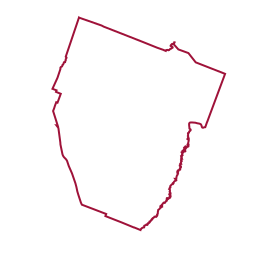 outline of Melton, Victoria, Australia, rotated 193°
{"feature_id": "25037944B20594454480773", "entity_name": "Melton", "entity_type": "district", "adm_level": 2, "iso_a3": "AUS", "parent_name": "Australia", "parent_adm1": "Victoria", "projection": "equal_earth", "projection_center": [144.547, -37.681], "detail": "fine", "context": "isolated", "style": "outline", "palette": "rose", "viewbox_px": 256, "rotation_deg": 193, "n_neighbors": 0, "source": "geoboundaries", "source_scale": "gbopen_adm2", "svg_char_len": 5257}
<svg xmlns="http://www.w3.org/2000/svg" viewBox="0 0 256 256"><g transform="rotate(193 128 128)"><path d="M198.1,114.3L196.1,112.6L195.7,112.0L190.7,98.7L190.1,96.7L186.1,88.0L185.6,87.1L185.0,86.3L184.1,85.4L183.4,84.9L181.4,83.6L180.4,82.7L179.9,82.1L177.2,77.7L172.3,71.1L166.8,62.3L165.0,58.9L163.1,54.8L161.4,51.8L157.1,44.7L155.7,42.9L142.0,41.0L129.9,39.3L130.2,37.1L120.1,35.6L113.2,34.6L99.9,32.4L99.7,32.5L92.9,31.4L92.9,31.9L92.8,32.2L92.7,32.4L92.5,32.5L92.3,33.0L91.9,33.6L91.0,34.4L90.6,34.6L90.0,34.7L89.9,34.9L89.9,35.3L90.2,36.3L90.1,36.5L89.1,37.2L88.6,37.7L88.4,38.1L87.8,37.8L87.6,37.8L87.4,37.9L87.1,38.4L87.1,38.7L87.0,39.8L86.4,40.0L85.9,40.5L85.7,41.0L85.9,41.4L85.5,41.5L85.4,41.6L85.4,41.8L85.5,42.1L85.3,42.4L84.9,42.6L84.8,43.2L84.5,44.1L84.4,44.3L84.0,44.1L83.8,44.3L83.7,44.7L83.8,45.3L83.7,45.6L83.5,45.9L83.3,46.0L83.0,46.1L82.9,46.3L82.7,46.6L82.5,46.9L82.3,47.5L81.9,47.5L81.3,48.0L80.7,47.7L80.5,47.8L80.5,48.2L79.9,48.9L79.8,49.4L79.8,49.6L80.2,50.1L80.2,50.3L79.7,51.1L80.1,53.3L80.0,53.9L80.2,54.8L79.7,55.5L79.1,56.2L78.7,57.1L78.1,57.8L77.8,58.4L78.7,58.2L78.9,59.1L78.3,59.8L78.1,59.9L77.7,60.0L77.4,59.8L77.2,59.7L77.3,60.2L77.6,60.5L77.7,60.8L77.4,61.1L77.2,61.9L76.8,62.7L76.3,63.4L75.9,63.6L75.7,63.6L75.4,63.3L75.2,63.4L75.1,63.6L75.1,63.9L74.8,64.4L74.6,65.1L73.9,65.7L73.9,65.9L74.3,66.4L74.2,66.6L73.8,66.7L73.8,66.8L73.9,67.2L74.4,68.0L74.4,68.3L74.3,68.5L74.0,68.6L73.6,68.5L73.0,67.8L72.9,67.8L72.6,68.2L72.3,69.3L72.2,69.3L71.7,69.2L71.5,69.3L71.3,70.3L71.1,70.5L71.1,70.9L71.4,71.2L71.4,71.3L72.1,71.3L72.2,71.7L72.1,72.0L71.7,72.6L71.8,72.8L72.6,73.0L72.8,73.0L72.7,73.4L72.0,73.9L71.9,74.1L73.1,75.2L72.9,75.9L73.0,76.3L73.5,77.7L73.7,77.8L73.9,77.6L74.1,77.7L74.0,77.9L74.0,78.4L73.9,79.0L73.4,79.4L73.3,79.7L73.4,80.0L73.7,80.4L73.8,80.8L72.9,82.5L72.1,83.4L72.1,83.8L72.0,84.2L71.8,84.2L71.4,83.9L71.3,84.1L71.2,84.3L71.4,84.8L71.3,85.1L71.2,85.6L70.7,86.6L70.1,87.2L69.6,87.4L69.2,88.0L69.3,88.1L70.0,88.4L70.6,89.0L69.8,89.1L69.5,89.2L69.5,89.6L69.7,90.0L69.7,92.1L69.5,93.1L69.1,93.8L69.2,94.5L69.1,94.8L69.6,95.1L69.9,95.4L69.9,95.8L70.1,96.7L70.2,96.9L70.1,97.1L69.6,96.2L69.3,96.2L69.3,97.2L69.1,97.7L69.1,98.1L69.0,98.5L68.8,98.8L68.0,99.0L67.8,99.2L67.8,99.3L68.3,99.7L68.4,99.9L68.2,100.5L68.3,100.8L68.0,101.2L67.7,101.2L67.6,101.4L67.6,101.7L67.7,102.3L68.0,102.6L68.5,102.6L69.0,102.7L69.1,102.9L69.2,103.3L69.1,103.5L68.7,104.0L69.0,104.6L68.1,105.0L68.5,105.6L68.6,106.1L68.8,106.4L68.8,106.6L68.7,106.8L68.4,107.3L68.5,107.6L68.8,107.8L69.0,108.3L68.8,108.5L68.5,108.5L68.8,109.2L68.7,109.6L68.8,109.7L69.1,109.7L69.3,109.8L69.2,110.1L68.8,110.5L68.7,110.5L68.9,110.8L69.2,110.8L69.4,111.0L69.3,111.4L69.0,111.7L69.0,112.0L69.8,112.3L70.0,112.6L69.9,112.7L69.4,113.0L69.4,113.5L69.3,113.8L68.9,113.9L69.0,114.1L69.4,114.5L69.1,115.1L69.1,115.4L69.1,115.5L69.6,115.6L70.2,116.3L70.3,116.4L70.1,116.6L69.9,116.6L69.4,116.3L69.2,116.6L69.1,116.9L69.2,117.2L69.3,117.5L69.8,117.8L69.8,118.0L69.5,118.2L69.2,118.0L68.9,117.4L68.5,117.2L68.4,117.2L68.0,117.7L67.6,118.0L67.1,118.0L66.9,118.2L67.4,119.4L67.5,119.4L67.8,119.0L68.0,119.1L68.8,119.7L68.8,119.9L68.5,120.4L68.1,120.6L67.5,120.6L67.3,120.8L67.5,121.1L68.2,121.2L68.6,121.4L68.8,121.6L68.6,121.8L68.1,122.3L68.1,122.8L67.9,123.0L67.7,122.9L67.5,122.7L67.3,121.7L67.1,121.5L66.9,121.5L66.5,122.3L66.2,122.8L65.9,123.0L65.6,123.1L65.5,123.4L65.4,123.5L65.1,123.7L65.3,124.1L66.1,124.5L66.3,124.9L66.3,125.4L66.2,125.6L65.9,125.4L65.3,124.8L65.2,124.8L65.1,125.1L65.4,125.8L65.8,126.1L66.0,126.6L66.0,127.2L66.0,129.2L66.1,129.9L66.2,130.4L66.6,130.6L67.4,130.4L67.6,130.5L67.6,131.1L67.5,131.3L67.4,131.3L67.2,131.2L66.8,131.1L66.6,131.3L66.5,131.7L66.6,131.8L67.3,132.3L67.4,132.6L67.5,133.4L67.9,133.7L67.8,134.2L67.8,134.6L68.0,135.3L68.4,136.2L68.4,136.4L68.0,136.5L67.6,137.1L67.5,137.4L67.6,138.1L67.6,138.3L67.3,138.8L66.8,139.2L66.5,139.8L66.5,140.2L66.7,140.6L66.9,140.8L67.7,141.0L68.1,141.5L68.4,142.7L68.8,143.7L69.2,145.0L69.4,146.0L69.3,146.5L69.1,147.0L68.4,147.4L66.9,147.8L63.6,148.3L61.6,148.2L59.5,148.3L58.6,148.2L57.7,147.9L57.0,147.0L56.7,146.5L56.3,145.7L55.8,145.2L55.0,145.1L53.6,146.0L52.9,146.2L52.3,151.6L52.2,151.8L51.2,159.6L45.6,202.6L76.8,207.2L86.0,214.6L96.6,215.9L102.3,219.9L101.9,221.9L102.2,221.9L102.3,221.1L102.9,220.2L102.9,219.9L103.1,219.8L103.5,220.0L104.0,219.8L104.5,219.0L104.9,218.2L105.0,217.8L105.0,217.6L104.9,217.5L103.8,217.4L102.7,216.8L102.6,216.5L102.6,216.3L103.0,215.9L103.5,215.5L103.7,215.1L104.2,214.9L104.6,214.6L105.5,213.2L106.2,212.8L106.3,212.8L106.6,213.0L106.9,213.0L107.6,212.8L108.1,212.5L108.3,212.5L108.4,212.3L108.4,212.0L108.6,211.8L108.6,211.6L110.5,211.9L110.6,212.0L117.7,212.8L133.1,215.2L174.5,221.3L176.7,221.9L200.4,224.5L200.6,224.6L204.7,183.4L204.5,183.2L204.3,183.2L203.8,182.9L203.7,182.6L203.8,182.0L204.2,180.9L203.9,180.1L203.9,179.9L204.1,179.5L204.1,178.9L204.1,178.0L204.4,177.8L205.0,177.8L205.2,177.6L205.4,175.5L205.6,175.1L205.9,174.9L206.0,174.8L206.0,173.7L206.2,173.1L207.1,172.3L207.4,171.7L207.3,170.8L207.1,170.5L208.0,161.1L210.4,149.2L206.1,148.6L206.3,147.0L201.2,146.2L201.4,144.6L202.4,136.8L203.7,137.0L204.2,133.1L204.4,130.6L204.8,127.7L196.9,114.3L198.1,114.3Z" fill="none" stroke="#9f1239" stroke-width="2"/></g></svg>